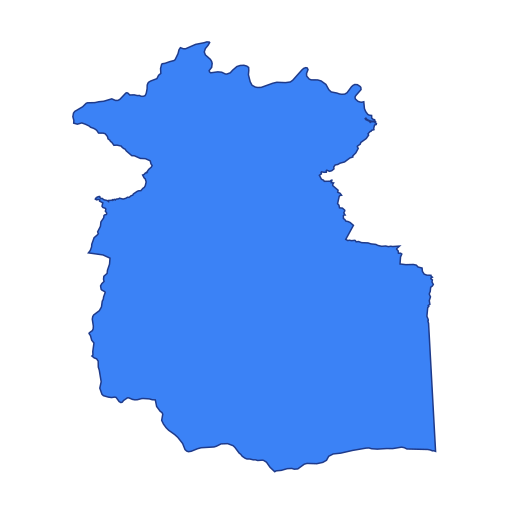 Trujillo, Valle del Cauca, Colombia, rotated 267°
{"feature_id": "7082276B51151260265899", "entity_name": "Trujillo", "entity_type": "district", "adm_level": 2, "iso_a3": "COL", "parent_name": "Colombia", "parent_adm1": "Valle del Cauca", "projection": "equal_earth", "projection_center": [-76.307, 4.233], "detail": "fine", "context": "isolated", "style": "filled", "palette": "blue", "viewbox_px": 512, "rotation_deg": 267, "n_neighbors": 0, "source": "geoboundaries", "source_scale": "gbopen_adm2", "svg_char_len": 6057}
<svg xmlns="http://www.w3.org/2000/svg" viewBox="0 0 512 512"><g transform="rotate(267 256 256)"><path d="M429.6,301.9L428.0,299.4L427.6,294.5L428.4,285.8L427.6,281.6L424.1,270.0L424.2,266.5L424.7,264.2L426.7,261.0L430.3,259.3L437.4,257.9L441.7,258.5L444.7,258.5L446.1,256.8L447.1,253.9L447.1,250.2L446.2,246.8L442.8,242.4L440.3,239.9L439.2,236.3L439.4,234.9L441.3,231.4L441.6,229.6L441.9,227.4L441.3,220.3L442.3,219.2L443.6,218.9L446.7,221.6L450.6,222.3L452.6,221.9L454.8,220.7L459.4,216.0L462.5,215.0L465.8,216.3L469.0,219.2L471.6,220.9L472.1,220.5L472.4,218.1L471.7,215.3L470.5,206.8L466.6,196.4L466.8,194.2L468.0,191.4L466.0,189.9L462.1,188.7L456.3,185.5L455.5,184.4L454.6,180.0L453.2,175.3L452.9,172.5L452.4,171.8L448.2,170.5L443.3,170.5L441.6,168.2L438.3,166.3L436.3,160.1L435.3,158.1L434.4,157.2L432.4,156.3L428.7,156.0L424.2,154.9L422.0,153.7L421.4,152.0L421.4,150.7L421.6,149.3L422.4,148.1L422.4,145.9L423.3,142.8L423.4,138.3L425.2,136.8L425.8,135.6L425.5,134.5L419.6,128.3L418.6,126.3L418.7,123.8L420.5,120.2L418.5,112.0L418.3,107.3L417.6,103.1L417.8,95.6L417.3,94.3L414.1,90.7L409.9,82.6L408.2,81.2L404.7,80.4L400.9,81.2L398.2,80.9L397.0,84.5L398.0,89.0L396.5,92.6L394.6,96.1L393.2,97.6L392.0,100.5L390.8,102.4L389.7,103.6L387.0,105.2L386.7,109.8L386.0,111.8L383.1,113.9L380.7,114.4L379.3,116.1L378.0,116.7L377.1,117.9L374.0,119.9L374.0,123.0L372.8,127.2L371.9,127.7L370.3,129.4L369.6,130.8L367.7,132.0L362.7,137.2L362.5,139.7L359.5,145.6L359.0,150.6L357.0,154.6L356.4,155.4L353.6,155.9L351.8,157.0L350.2,156.1L348.1,153.4L345.6,151.5L345.0,150.5L344.8,150.9L344.4,149.5L343.4,148.7L342.8,147.0L339.8,148.4L338.9,149.4L335.7,150.2L332.0,149.1L330.3,148.0L329.5,146.6L327.3,144.5L327.2,141.9L326.7,140.6L324.4,136.8L323.2,136.1L322.7,134.4L321.2,132.4L321.4,130.7L320.5,129.2L319.8,126.3L320.9,122.7L320.3,121.9L320.1,119.3L319.3,118.4L320.0,117.4L319.1,116.0L319.7,115.7L319.2,114.7L319.2,111.8L318.1,111.6L319.2,110.3L320.1,107.1L321.6,105.3L321.5,104.3L322.5,103.1L323.5,103.1L323.7,102.6L323.1,100.3L322.3,99.9L322.1,98.9L321.2,98.5L320.4,99.8L320.7,101.5L320.2,102.9L319.0,102.7L317.1,105.8L313.8,104.8L312.5,105.6L311.4,108.2L310.6,108.5L308.6,107.9L307.1,109.0L305.8,109.1L305.2,108.6L305.0,107.1L304.4,106.3L302.1,105.9L298.1,102.9L293.8,102.2L288.4,99.1L286.6,99.7L285.5,98.8L282.8,95.3L276.3,92.6L273.7,92.3L270.2,90.8L267.9,88.8L265.1,103.2L261.5,110.1L255.5,109.3L249.5,106.9L246.4,106.4L243.7,103.0L240.8,102.5L238.5,102.9L236.5,100.6L234.3,99.2L230.9,99.6L230.1,100.2L228.3,103.1L227.5,103.5L223.2,101.7L220.8,101.2L218.9,100.1L213.2,99.0L209.6,96.7L205.7,90.9L204.1,89.8L201.5,89.2L194.5,89.9L191.8,89.6L190.1,88.7L188.0,85.5L187.3,85.2L185.2,86.5L180.5,87.5L177.6,89.6L169.1,88.0L165.7,88.0L164.7,86.9L162.7,89.1L161.7,91.4L159.3,92.9L153.3,92.7L150.3,93.5L138.5,94.8L132.2,93.1L126.0,94.9L124.5,96.3L122.8,101.2L122.2,104.3L122.5,107.5L122.1,108.9L117.8,111.7L116.7,113.4L117.1,114.9L118.6,116.1L121.1,120.2L121.0,121.6L119.3,125.0L118.7,127.5L118.7,130.1L119.6,134.3L119.6,135.9L118.9,142.0L117.9,144.8L117.6,147.9L110.9,148.9L105.9,152.2L104.6,153.9L102.9,154.6L96.8,153.2L93.0,154.8L89.3,157.2L86.5,159.7L81.9,165.5L79.0,168.4L72.6,172.9L66.4,175.0L64.8,176.6L64.1,178.3L64.4,181.1L66.6,187.5L67.4,191.1L67.5,204.1L68.1,206.5L70.2,211.3L70.1,217.9L67.8,223.2L66.0,224.9L60.0,228.9L58.9,230.3L56.8,231.7L54.7,234.4L53.8,236.3L53.6,239.2L52.6,242.5L52.5,244.8L51.7,247.0L51.8,251.7L51.5,252.9L49.5,255.7L44.2,259.0L39.6,263.4L40.4,265.0L40.6,270.0L42.0,276.0L42.0,280.6L41.1,283.1L41.2,286.6L45.6,293.3L46.2,296.1L45.4,305.8L46.4,311.9L48.3,315.7L52.2,318.1L54.3,322.8L54.7,330.3L56.8,342.3L58.4,355.9L58.4,358.8L57.5,361.3L56.8,367.0L56.9,376.6L56.5,382.3L57.5,391.4L56.8,394.1L55.4,396.6L53.8,417.4L53.2,419.9L52.2,421.9L52.2,423.4L51.5,425.1L179.7,424.8L182.0,424.2L182.3,424.6L183.7,424.6L186.9,423.5L195.6,424.8L196.5,425.9L197.6,425.4L198.6,427.1L202.4,426.7L206.1,428.1L208.5,427.1L209.7,427.2L211.3,428.1L215.6,428.8L216.8,430.5L218.3,431.6L220.8,430.4L222.9,430.9L224.1,429.4L224.9,429.6L225.6,431.0L226.7,429.8L227.6,429.7L227.9,425.7L229.1,423.0L231.9,421.4L235.3,421.2L236.5,417.3L238.5,415.6L239.3,412.7L239.5,405.2L240.5,399.4L247.5,400.3L250.3,401.7L251.2,400.6L251.3,398.4L253.7,398.2L255.4,396.8L256.1,397.0L258.4,399.8L258.3,392.9L258.7,391.1L258.4,388.7L259.2,386.1L259.1,382.0L260.2,378.2L261.3,376.3L262.1,371.4L263.2,368.6L263.8,362.2L265.1,359.1L264.9,356.8L266.3,355.9L266.5,355.3L266.3,352.2L266.9,350.1L266.6,348.5L267.9,346.5L281.5,354.9L284.5,351.8L285.6,349.7L286.1,347.6L287.9,346.5L288.8,345.3L291.6,345.3L292.3,346.0L292.3,347.1L294.5,345.9L296.4,347.0L297.1,347.0L299.3,344.8L299.7,341.9L302.4,341.5L304.0,340.2L311.2,342.2L312.0,342.9L312.2,344.6L314.2,343.3L315.4,340.9L317.4,341.4L322.3,336.3L323.6,336.4L324.9,337.3L325.3,335.0L327.7,335.8L327.8,335.2L326.8,334.0L327.0,328.1L328.2,327.4L329.2,325.4L333.3,323.5L334.6,325.6L336.1,325.4L336.6,325.8L336.0,328.5L336.0,330.6L337.7,330.7L338.0,331.2L336.7,333.8L337.2,336.1L338.9,338.4L340.9,338.3L342.8,339.9L343.1,342.4L344.3,344.8L345.3,349.4L349.0,354.9L349.8,357.9L350.9,357.9L353.8,361.1L358.1,363.7L359.8,362.9L360.4,363.0L362.2,365.9L363.9,366.6L367.5,372.2L370.8,374.8L372.2,374.3L374.3,376.4L374.5,377.4L375.4,377.9L376.0,380.4L377.2,380.2L380.2,381.1L380.6,381.3L381.0,382.9L382.1,383.2L382.9,381.9L383.8,382.3L384.1,378.3L383.4,377.1L384.6,376.3L386.4,372.9L387.4,372.2L387.9,372.7L387.8,373.2L387.1,373.3L385.6,375.6L384.7,377.8L384.2,381.1L384.6,381.2L384.5,381.9L385.9,381.6L386.3,380.2L387.6,378.8L390.3,378.8L390.7,376.5L391.6,375.0L394.5,373.1L397.5,372.0L404.4,371.7L404.0,369.7L404.3,368.0L405.2,365.8L407.7,363.4L409.5,363.2L410.8,363.9L416.7,369.6L418.9,369.5L419.9,368.8L421.8,366.2L422.1,363.6L421.3,361.8L420.0,360.2L414.3,355.5L413.0,353.1L413.0,350.1L413.4,348.0L414.5,345.3L415.9,339.7L418.3,337.4L423.7,334.8L427.4,330.2L428.6,326.8L429.0,320.4L429.8,318.5L433.0,316.0L435.6,316.0L439.4,317.7L441.1,317.0L441.5,315.6L440.9,313.5L439.5,311.7L429.6,301.9Z" fill="#3b82f6" stroke="#1e3a8a" stroke-width="1.5"/></g></svg>